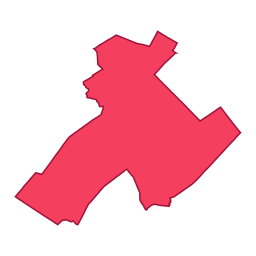 Singureni, Giurgiu, Romania (Equal Earth projection)
{"feature_id": "2599482B21174600796262", "entity_name": "Singureni", "entity_type": "district", "adm_level": 2, "iso_a3": "ROU", "parent_name": "Romania", "parent_adm1": "Giurgiu", "projection": "equal_earth", "projection_center": [25.934, 44.23], "detail": "fine", "context": "isolated", "style": "filled", "palette": "rose", "viewbox_px": 256, "rotation_deg": 0, "n_neighbors": 0, "source": "geoboundaries", "source_scale": "gbopen_adm2", "svg_char_len": 5416}
<svg xmlns="http://www.w3.org/2000/svg" viewBox="0 0 256 256"><path d="M77.5,224.6L77.9,224.5L82.0,216.9L83.2,214.5L84.4,212.3L84.5,211.9L85.4,210.0L85.9,209.0L86.2,208.4L87.0,207.0L87.6,205.8L88.3,204.5L88.4,204.3L88.7,204.0L92.0,200.4L92.9,199.3L94.0,198.0L94.5,197.5L97.3,194.2L97.6,193.8L98.1,193.3L100.3,190.6L101.0,189.9L102.8,187.8L104.1,186.5L104.3,186.3L104.4,186.2L108.0,183.4L108.4,183.1L114.6,178.4L115.1,177.9L119.0,175.1L122.5,172.4L124.0,171.2L125.1,170.4L125.7,169.9L126.8,169.2L127.4,169.9L128.1,170.9L128.3,171.2L128.6,171.8L129.0,172.1L129.5,172.6L131.1,174.6L131.8,175.6L132.3,176.0L133.3,176.8L133.9,178.5L134.2,179.3L135.4,182.1L136.0,183.4L136.3,184.4L136.8,185.6L137.1,186.4L137.6,187.6L138.7,190.1L139.1,191.2L139.9,193.1L139.9,193.7L139.8,194.7L139.9,196.3L139.9,198.7L140.0,200.1L140.3,200.8L141.1,202.0L141.6,202.9L141.7,203.5L142.5,204.2L143.0,204.9L143.9,206.5L144.1,207.1L144.6,207.9L144.9,208.7L145.3,209.1L145.8,209.7L146.0,209.9L146.3,210.0L146.7,209.8L147.2,209.4L147.3,208.4L147.5,208.2L148.9,207.2L149.5,206.8L150.0,206.3L150.6,205.9L151.4,205.3L151.9,205.0L152.9,204.8L153.5,204.5L154.1,204.3L156.4,204.6L160.0,205.3L161.9,205.6L164.3,205.8L168.3,206.2L168.5,206.3L168.8,206.4L169.1,206.3L169.3,206.0L169.5,205.5L169.9,204.8L169.9,204.6L169.6,204.4L169.3,204.3L168.9,204.2L168.7,204.0L168.7,203.8L168.9,203.6L169.2,203.4L170.6,202.6L170.7,202.3L170.8,202.0L170.7,201.7L170.2,201.3L170.1,201.1L170.3,200.8L170.7,200.5L170.8,200.3L170.8,200.0L170.7,199.7L170.5,199.2L170.0,198.4L169.9,198.0L173.8,196.9L174.8,196.3L176.5,195.0L179.3,193.2L188.5,186.7L190.2,185.6L190.4,185.4L193.2,183.2L195.8,180.7L197.7,178.9L200.6,175.7L201.3,174.9L203.1,172.9L203.4,172.3L204.1,171.6L204.4,171.4L204.6,171.2L205.0,170.7L207.2,168.7L208.8,166.9L209.7,166.0L214.0,161.3L218.7,156.2L220.3,154.5L221.6,153.1L222.4,152.3L224.8,149.7L225.5,148.8L227.7,146.4L229.4,144.6L234.5,139.3L235.7,137.9L235.9,137.6L237.9,135.4L240.0,133.2L240.3,133.0L240.6,132.8L240.3,132.4L239.5,131.5L235.9,127.1L233.7,124.3L225.0,113.0L220.8,107.5L220.5,107.2L216.5,109.9L208.8,115.2L208.4,115.5L203.8,118.5L200.1,121.0L195.0,115.8L190.5,111.2L185.7,106.2L184.9,105.5L184.6,105.1L182.6,103.1L179.4,99.9L176.9,97.4L170.5,91.0L167.5,88.0L166.6,87.1L165.6,86.1L164.4,84.9L163.9,84.4L162.9,83.4L161.7,82.2L160.3,80.8L157.1,77.3L155.7,76.0L154.4,74.6L157.4,71.3L161.4,66.8L162.1,66.1L164.9,62.9L167.5,60.6L168.1,60.1L175.5,53.0L175.8,53.0L176.1,53.0L172.5,50.7L174.1,48.7L176.7,43.8L177.2,43.0L166.7,37.0L157.6,31.4L154.3,37.9L153.4,39.4L152.6,40.9L150.7,44.4L149.8,45.8L149.5,46.4L145.8,45.4L143.2,44.6L139.8,44.0L136.8,43.4L116.2,35.1L110.3,38.8L108.8,39.5L103.9,42.5L103.0,43.1L100.9,44.3L100.6,44.6L100.1,44.7L99.8,44.7L99.5,45.2L99.1,45.5L96.7,47.1L96.5,47.4L95.5,48.0L94.4,48.6L93.9,48.7L94.2,49.0L95.8,50.7L96.1,50.9L96.6,51.5L96.8,51.9L96.9,52.4L97.2,53.2L97.2,53.8L97.4,56.6L97.6,59.6L97.7,61.1L97.8,64.3L98.0,64.5L99.8,66.1L99.6,66.2L102.8,69.1L101.4,69.9L100.2,70.6L95.1,73.7L93.8,74.5L93.1,75.0L92.6,75.4L92.5,75.6L92.4,75.7L92.5,75.9L92.7,76.2L92.8,76.3L92.8,76.5L92.6,76.6L91.8,77.0L88.4,79.0L86.7,80.0L83.4,81.9L83.3,82.0L83.6,82.8L83.6,83.2L83.6,83.5L83.5,84.0L83.5,84.3L84.3,85.0L84.8,85.5L85.1,85.8L85.4,86.0L85.6,86.2L85.8,86.4L85.8,86.6L85.8,87.0L85.9,87.4L86.0,87.5L86.9,88.1L87.2,88.4L87.3,88.5L87.9,88.7L88.3,88.8L88.5,88.9L88.6,89.0L88.7,89.3L88.5,90.3L88.4,90.9L88.2,91.5L87.6,92.1L87.2,92.4L86.9,92.6L86.5,93.0L86.2,93.4L86.2,93.6L86.1,93.9L86.3,94.3L86.4,94.6L86.9,95.2L87.1,95.5L87.2,95.9L87.1,96.2L86.9,96.6L87.0,96.8L87.0,97.2L87.3,97.6L87.6,97.7L88.0,97.9L88.5,97.9L89.1,97.9L89.7,97.7L89.8,97.8L90.2,98.1L91.1,98.4L91.7,98.6L92.6,98.9L94.0,98.9L94.4,99.0L96.2,99.7L96.3,99.8L96.5,100.1L96.6,100.4L96.7,100.7L96.7,100.9L96.7,101.2L96.9,101.4L97.3,101.7L97.4,102.0L97.7,102.3L97.9,102.4L98.2,102.8L98.6,103.2L98.7,103.3L98.8,103.5L98.9,103.9L99.0,104.2L99.2,104.5L99.3,104.6L99.3,104.8L99.1,104.9L99.1,105.2L99.1,105.6L99.3,106.0L99.5,106.3L99.9,106.6L100.3,106.7L101.1,106.6L103.3,106.4L103.4,106.6L103.5,107.0L103.3,107.8L102.4,110.8L101.0,114.6L100.9,114.8L99.8,115.5L98.3,116.5L93.8,119.3L92.4,120.2L91.4,120.9L88.6,123.0L83.5,126.7L81.5,128.2L79.5,129.4L79.3,129.5L78.8,130.0L78.4,130.4L78.1,130.6L77.5,131.2L76.3,131.8L75.8,132.2L75.2,132.6L74.7,133.0L73.7,133.7L73.2,134.1L71.2,135.6L70.8,135.9L70.6,136.0L70.0,136.4L69.3,137.1L68.9,137.4L68.2,138.2L67.0,139.8L65.3,142.1L64.3,143.5L63.8,144.1L63.4,144.6L62.4,146.0L61.7,147.1L60.5,148.9L55.0,156.2L54.8,156.5L54.6,156.9L53.6,158.2L52.9,159.2L52.8,159.5L52.7,159.5L52.1,160.4L48.5,165.3L45.8,169.0L44.3,171.0L44.1,171.2L41.9,174.3L35.7,172.8L32.9,176.0L26.2,183.8L25.8,184.2L23.6,186.7L23.3,187.0L23.2,187.1L23.0,187.4L22.7,188.2L22.7,188.3L21.6,189.4L21.0,190.0L20.6,190.6L20.3,190.8L19.3,192.1L19.2,192.1L15.4,196.7L17.9,198.5L20.0,199.8L20.3,200.1L21.9,201.0L23.1,202.0L25.9,203.8L37.3,211.3L38.0,211.8L38.6,212.1L40.7,213.5L43.0,215.0L44.0,215.7L46.5,217.3L47.1,217.7L51.5,220.5L53.9,222.1L55.7,223.3L56.3,223.7L57.8,224.6L58.9,223.5L62.6,220.1L62.7,219.9L63.0,220.0L63.6,220.3L63.9,220.3L64.1,220.3L64.3,220.3L64.9,220.1L65.2,220.0L66.0,219.5L67.3,220.3L67.7,220.5L68.3,220.7L69.6,221.2L70.3,221.5L71.1,221.7L71.4,221.8L71.7,221.8L71.9,221.7L72.2,221.6L73.0,220.9L73.3,220.9L73.6,221.1L73.9,221.4L74.7,222.5L74.9,222.9L75.3,223.3L75.8,223.8L76.3,224.2L77.0,224.5L77.5,224.6Z" fill="#f43f5e" stroke="#9f1239" stroke-width="1.5"/></svg>